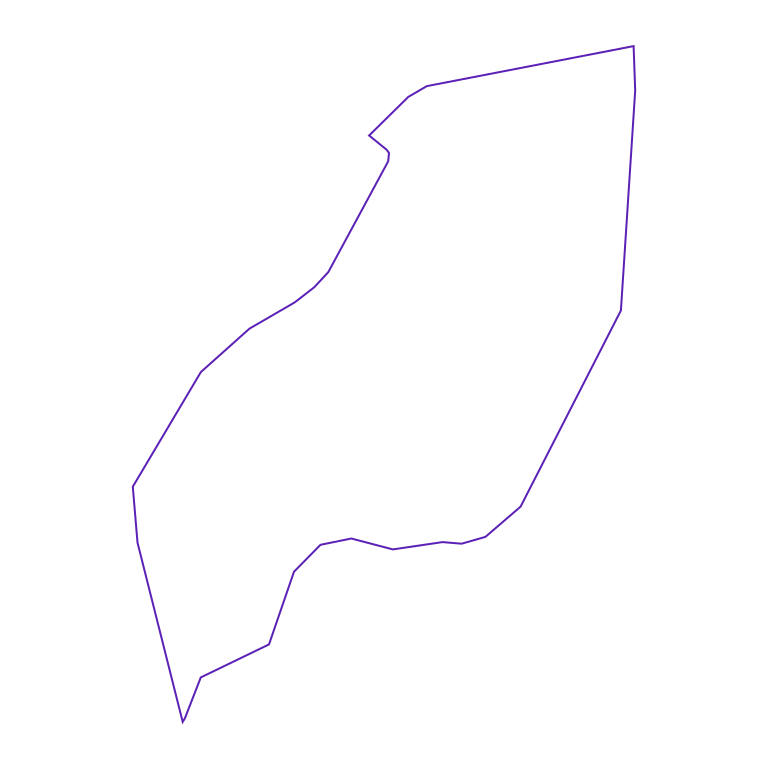 map outline of Saint Patrick (Robinson projection)
{"feature_id": "DMA-1439", "entity_name": "Saint Patrick", "entity_type": "Parish", "adm_level": 1, "iso_a3": "DMA", "parent_name": "Dominica", "parent_adm1": "", "projection": "robinson", "projection_center": [-61.309, 15.272], "detail": "fine", "context": "isolated", "style": "outline", "palette": "violet", "viewbox_px": 768, "rotation_deg": 0, "n_neighbors": 0, "source": "natural_earth", "source_scale": "10m", "svg_char_len": 470}
<svg xmlns="http://www.w3.org/2000/svg" viewBox="0 0 768 768"><path d="M633.6,46.1L635.2,90.6L620.9,310.5L520.6,506.6L485.4,536.9L461.6,543.7L442.5,542.1L392.8,549.4L351.3,538.5L320.5,544.8L294.0,571.7L269.0,644.4L200.8,677.4L184.9,718.3L182.7,721.9L137.5,542.6L132.8,486.7L200.9,372.0L249.5,328.6L294.7,302.4L314.3,287.2L328.3,272.1L388.2,161.3L389.0,153.0L386.7,149.8L369.1,135.5L408.4,96.8L426.9,86.1L633.6,46.1Z" fill="none" stroke="#5b21b6" stroke-width="2"/></svg>